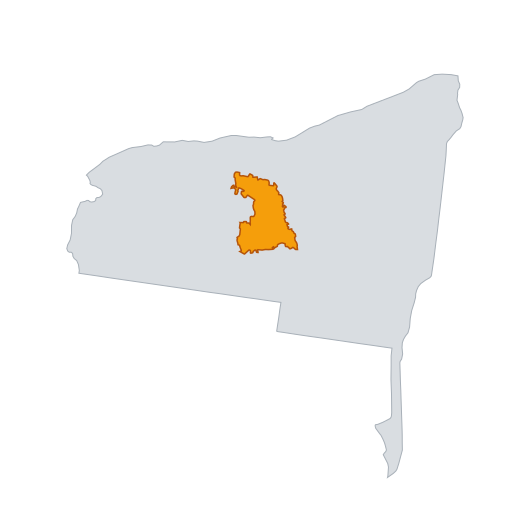 location of Khomas within Namibia, rotated 97°
{"feature_id": "NAM-3340", "entity_name": "Khomas", "entity_type": "Region", "adm_level": 1, "iso_a3": "NAM", "parent_name": "Namibia", "parent_adm1": "", "projection": "orthographic", "projection_center": [17.098, -22.865], "detail": "fine", "context": "in_parent", "style": "filled", "palette": "amber", "viewbox_px": 512, "rotation_deg": 97, "n_neighbors": 0, "source": "natural_earth", "source_scale": "10m", "svg_char_len": 8433}
<svg xmlns="http://www.w3.org/2000/svg" viewBox="0 0 512 512"><g transform="rotate(97 256 256)"><path d="M403.8,90.9L410.2,89.9L416.4,89.0L423.6,88.1L429.3,87.3L430.8,87.1L444.4,89.0L450.4,90.1L452.4,91.0L455.0,93.2L459.8,98.5L458.5,98.3L449.3,98.8L445.8,100.0L437.7,105.5L436.1,104.7L434.3,103.4L432.7,102.9L429.2,104.2L425.7,105.7L421.8,108.0L418.6,110.2L417.5,111.4L412.5,116.1L410.9,116.8L409.4,117.1L408.9,116.8L408.3,114.7L405.5,109.7L400.9,103.0L399.5,102.3L398.5,102.1L395.0,102.2L384.5,103.6L375.7,104.8L362.1,107.0L347.6,108.6L338.7,109.7L330.9,109.8L330.8,116.2L330.5,129.1L330.3,142.0L330.0,154.9L329.7,167.8L329.4,180.7L329.2,193.6L328.9,206.5L328.5,219.5L328.4,225.1L328.1,226.3L323.8,226.2L314.0,225.9L305.7,225.8L299.0,225.6L298.9,233.3L298.7,242.4L298.5,251.5L298.4,260.5L298.2,269.6L298.0,278.7L297.8,287.8L297.7,296.9L297.5,305.9L297.3,312.8L297.3,313.6L297.0,326.9L296.7,340.9L296.4,355.0L296.1,369.1L295.8,383.1L295.5,397.2L295.1,411.2L294.8,425.3L294.7,429.7L291.9,429.6L286.1,431.2L282.4,433.4L280.7,436.1L278.6,437.7L276.0,438.3L274.8,439.6L275.0,441.9L274.0,443.5L271.7,444.7L267.9,444.3L262.7,442.4L256.1,441.9L248.1,442.8L242.3,442.3L238.8,440.3L235.1,439.2L231.1,438.9L228.9,438.1L224.2,436.7L223.3,434.3L222.7,432.4L221.4,430.5L221.3,428.9L222.3,427.7L222.5,425.8L221.7,423.2L220.4,421.9L218.6,422.0L217.4,421.0L217.0,418.9L215.9,417.3L213.3,415.7L209.8,416.9L208.2,418.7L207.3,421.6L206.4,423.0L206.0,425.4L205.8,427.1L204.9,429.0L204.0,429.7L203.1,429.4L201.3,430.1L197.4,432.8L196.4,434.2L193.2,431.7L184.0,422.1L180.7,419.6L175.9,413.8L165.0,395.6L163.5,392.1L161.3,383.3L158.9,376.8L158.6,373.0L159.6,370.8L158.9,367.9L157.7,365.3L154.0,362.0L152.7,350.6L150.2,343.3L150.6,337.2L149.3,331.7L149.1,328.1L149.6,321.4L147.4,313.6L143.3,306.1L139.4,295.2L138.8,290.4L139.0,277.5L138.2,272.3L138.1,266.1L136.5,259.7L135.9,256.2L136.8,253.4L137.5,254.3L138.5,254.7L139.2,251.0L139.3,247.7L137.3,239.7L133.0,231.6L122.5,218.4L119.9,213.4L118.4,209.2L106.6,191.8L101.4,179.5L97.7,168.9L93.8,164.0L75.5,129.7L71.5,124.3L64.4,117.9L62.7,115.7L59.8,109.5L54.3,101.2L52.8,93.3L52.2,84.4L52.6,77.5L57.4,76.6L60.7,74.7L63.8,74.4L66.8,75.8L70.0,75.8L71.2,75.5L76.9,75.5L80.1,73.8L84.0,72.0L86.2,70.5L89.3,68.9L93.4,67.3L95.8,67.4L98.7,67.9L102.6,68.3L104.8,69.3L107.4,72.4L111.5,75.2L114.5,76.9L117.9,79.1L118.9,80.0L120.4,80.4L121.4,80.6L127.6,80.1L133.3,79.7L139.5,79.6L151.0,79.4L162.6,79.3L174.2,79.2L185.7,79.1L197.3,79.1L208.9,79.0L220.4,79.1L232.0,79.1L236.7,79.1L245.0,79.3L253.7,79.5L254.7,79.7L255.6,80.3L256.4,80.9L259.4,84.9L263.3,89.1L266.6,91.2L270.5,92.4L274.1,92.9L277.5,92.6L283.2,93.3L291.1,94.8L299.3,95.3L307.8,94.9L313.7,95.8L317.2,97.9L320.7,99.4L324.3,100.2L329.2,99.9L335.4,98.5L340.6,98.9L343.0,100.1L344.5,100.2L353.6,98.8L360.9,97.7L371.8,95.9L380.9,94.5L394.3,92.4L403.8,90.9Z" fill="#d9dde1" stroke="#a8b0b8" stroke-width="1"/><path d="M191.9,241.1L192.2,241.0L192.3,240.8L192.3,240.7L192.3,239.3L192.5,238.8L192.8,238.2L194.2,237.2L195.4,236.7L197.7,236.1L198.0,236.3L198.4,236.5L198.6,236.7L198.8,236.5L199.0,236.3L199.4,235.7L199.7,235.4L199.9,235.3L200.2,235.4L200.8,235.8L201.1,236.0L201.4,235.9L201.7,235.7L201.9,235.7L202.8,235.8L203.7,235.8L204.0,235.5L204.1,235.2L204.0,234.9L203.9,234.7L203.6,234.7L202.6,234.8L202.4,234.8L202.3,234.6L202.2,234.4L202.3,234.2L203.2,232.5L203.5,232.2L203.8,232.1L204.0,232.1L204.4,232.4L204.6,233.1L204.8,233.4L205.2,233.6L206.0,233.6L206.4,233.9L206.8,234.2L207.1,234.2L208.4,233.7L208.8,233.7L209.1,233.5L209.4,233.2L210.0,232.6L210.3,232.4L210.7,232.2L210.9,232.3L211.1,232.6L211.3,233.0L211.5,233.2L211.9,233.1L213.8,231.4L214.2,231.2L214.4,231.1L214.7,231.3L214.8,231.6L215.0,231.9L215.2,232.2L215.4,232.4L215.7,232.3L218.5,231.0L218.9,230.6L219.1,230.3L219.1,229.3L219.2,229.0L219.3,228.7L219.8,228.1L220.1,227.8L220.3,227.6L220.5,227.8L220.6,228.0L220.7,228.7L220.8,229.0L221.0,229.1L221.3,229.0L222.6,228.4L223.0,228.3L223.2,228.1L223.2,227.8L223.2,227.2L223.4,227.1L224.6,227.6L224.9,227.6L225.0,227.4L225.2,227.2L225.5,226.3L225.5,226.1L225.4,225.8L224.8,224.1L224.8,223.8L225.0,223.7L225.6,223.8L225.9,223.7L226.2,223.5L226.5,223.3L226.7,223.0L226.8,222.9L227.1,222.3L227.3,221.9L227.6,221.7L228.6,221.1L228.8,221.0L229.1,220.1L229.3,219.8L229.6,219.6L230.0,219.5L231.3,219.1L231.7,219.0L231.9,219.1L232.2,219.3L232.7,219.8L232.8,219.9L233.0,219.9L233.9,219.6L235.3,219.3L236.1,218.9L236.4,218.6L237.1,218.0L238.1,217.2L239.5,216.6L240.7,216.3L241.4,216.4L244.5,215.6L244.7,217.4L244.3,218.2L243.6,219.1L243.1,219.9L243.0,220.3L243.0,220.5L243.1,220.8L243.7,221.3L243.9,221.6L244.1,222.0L244.3,222.2L244.5,222.4L244.6,222.7L244.7,223.4L244.5,223.7L244.3,223.9L244.1,224.0L243.9,224.2L243.6,224.7L242.8,226.0L242.7,226.2L242.8,226.4L242.9,226.7L243.0,227.0L243.0,227.5L242.9,227.8L242.6,228.0L241.5,228.4L241.3,228.5L240.8,228.4L240.5,228.5L240.3,228.6L240.2,228.8L239.8,231.6L239.9,232.1L240.1,232.6L240.9,234.3L241.8,235.6L242.2,235.9L242.5,236.0L243.7,236.0L243.9,236.2L244.1,236.4L244.9,237.6L245.3,238.1L245.8,238.6L246.1,238.8L245.9,239.0L245.0,239.5L244.7,239.7L244.8,239.9L245.0,240.2L245.8,240.8L245.9,240.7L246.8,240.0L247.1,239.8L247.3,240.2L248.1,244.3L248.4,247.6L248.6,248.2L249.4,250.7L249.4,251.7L249.5,255.0L250.0,255.2L252.0,254.4L252.3,254.4L252.3,254.6L252.3,254.9L252.3,255.6L252.2,255.8L252.1,256.0L251.9,256.1L250.6,256.7L250.4,256.8L250.2,256.9L250.2,257.2L250.2,257.6L250.3,257.9L250.5,258.1L250.9,258.4L251.6,259.2L251.8,259.3L252.1,259.4L252.8,259.5L253.0,259.5L253.3,259.9L253.6,260.6L253.8,261.7L253.6,261.9L253.4,262.0L251.7,262.1L251.2,262.4L251.0,262.7L250.9,263.1L250.9,263.5L251.0,263.8L255.1,267.3L255.4,267.6L255.4,267.9L255.3,268.3L253.5,272.6L252.7,271.3L252.0,271.3L250.0,272.5L247.5,273.6L247.3,273.9L247.2,274.1L247.1,274.8L247.1,275.1L246.7,275.3L245.5,275.6L243.2,276.6L242.7,276.7L242.2,276.8L241.8,276.7L241.5,276.5L241.2,276.5L240.1,277.1L239.8,277.0L239.6,276.8L238.5,275.5L238.3,275.3L238.0,275.1L236.6,274.7L231.0,274.8L230.6,275.1L230.4,275.4L230.3,275.7L230.0,275.8L229.7,275.8L224.8,275.7L224.7,275.8L224.4,273.0L224.4,272.8L224.3,272.6L224.1,272.5L223.6,272.4L223.4,272.3L223.3,272.2L223.0,270.2L223.0,269.9L223.1,269.7L224.1,269.4L224.3,269.3L224.3,269.0L224.2,267.4L224.2,267.1L224.3,266.9L224.5,266.6L225.5,265.5L225.4,265.5L225.0,265.5L223.3,265.9L221.3,266.0L218.7,266.4L217.7,266.2L217.3,265.5L217.2,264.2L217.1,263.3L216.8,262.9L216.3,262.7L215.0,262.2L213.8,262.2L211.9,262.6L210.1,263.9L208.7,264.5L206.3,265.1L205.0,264.8L204.0,264.8L203.3,264.9L202.7,264.9L202.1,264.7L201.6,264.2L200.9,263.9L200.6,264.0L200.1,264.6L196.8,271.2L196.7,271.5L196.8,271.9L196.9,272.0L198.9,273.1L199.1,273.2L199.2,273.5L199.4,274.5L199.4,274.8L199.3,275.1L196.3,278.1L196.1,278.3L195.7,278.3L193.8,278.3L193.6,278.2L193.4,276.4L193.1,276.0L192.7,275.7L192.5,275.8L192.3,276.1L191.0,278.9L190.5,280.8L190.5,281.0L190.5,281.3L193.2,282.0L193.5,282.0L194.0,281.7L196.4,282.3L196.7,282.4L196.9,282.5L197.0,282.8L197.3,283.4L197.3,283.6L197.2,283.9L197.0,284.3L196.9,284.5L196.5,284.6L193.9,284.4L193.0,284.1L192.8,284.2L192.5,284.4L191.4,285.5L191.1,286.3L191.6,288.2L191.9,289.0L190.3,288.7L188.7,287.4L188.5,287.0L188.5,286.6L188.9,286.4L189.5,286.4L189.7,286.2L189.8,286.0L189.7,285.4L189.7,284.9L189.8,284.6L190.2,284.0L190.2,283.7L190.0,283.8L188.3,284.8L187.9,284.9L187.6,284.9L186.7,284.8L182.8,286.0L181.4,286.1L181.1,286.3L180.8,286.6L180.7,286.9L180.6,287.1L180.4,287.3L180.2,287.4L178.0,287.5L177.2,287.5L175.4,286.6L175.1,285.7L175.0,284.9L175.2,282.4L177.6,282.2L178.2,281.6L178.3,280.4L178.3,280.2L178.0,278.9L177.9,278.7L178.3,274.1L178.2,273.8L178.2,273.6L177.9,273.4L175.7,272.4L175.5,272.2L175.3,272.1L175.3,271.8L175.4,271.5L176.2,269.6L176.3,269.3L176.5,269.1L176.8,269.0L177.8,268.8L178.0,268.8L178.2,268.7L178.2,268.3L177.4,264.5L179.8,263.6L180.1,263.5L180.3,263.4L180.2,263.1L178.8,261.5L178.7,261.2L178.7,260.9L178.8,260.6L179.3,259.0L179.3,258.7L179.3,258.4L179.3,257.7L179.1,257.0L179.1,256.8L179.0,256.6L179.3,253.6L179.5,253.2L179.8,252.7L180.6,252.3L181.1,252.0L181.6,251.9L181.9,251.8L183.7,251.8L184.0,251.7L184.1,251.4L184.2,251.0L184.2,247.7L184.1,247.2L183.9,247.1L183.6,247.1L181.4,247.2L181.2,246.9L181.7,246.2L184.0,243.8L184.4,243.6L184.8,243.6L186.6,244.1L187.0,244.1L187.4,243.9L187.8,243.7L188.6,242.9L189.0,242.3L190.0,241.4L190.3,241.1L190.7,241.0L191.0,241.0L191.5,241.1L191.9,241.1Z" fill="#f59e0b" stroke="#b45309" stroke-width="1.5"/></g></svg>